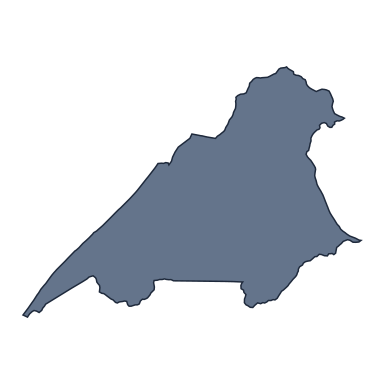 Jangada, Mato Grosso, Brazil
{"feature_id": "56859067B34050431146152", "entity_name": "Jangada", "entity_type": "district", "adm_level": 2, "iso_a3": "BRA", "parent_name": "Brazil", "parent_adm1": "Mato Grosso", "projection": "mercator", "projection_center": [-56.584, -15.33], "detail": "fine", "context": "isolated", "style": "filled", "palette": "slate", "viewbox_px": 384, "rotation_deg": 0, "n_neighbors": 0, "source": "geoboundaries", "source_scale": "gbopen_adm2", "svg_char_len": 4165}
<svg xmlns="http://www.w3.org/2000/svg" viewBox="0 0 384 384"><path d="M305.2,79.7L302.9,78.7L301.2,76.7L298.6,75.5L295.9,75.2L293.7,74.1L293.4,71.7L291.4,70.5L289.5,69.5L287.8,68.3L286.6,66.9L284.9,67.6L283.2,67.8L280.7,68.1L278.9,69.1L277.5,71.1L275.7,73.5L274.0,74.0L272.1,75.0L269.9,76.2L267.5,77.3L264.8,77.5L262.0,77.7L260.4,78.0L258.4,77.7L256.5,77.6L254.9,78.3L253.2,79.4L251.6,81.4L249.7,83.2L249.2,86.3L248.1,88.4L246.2,92.8L243.8,93.9L240.5,94.2L237.7,95.6L235.9,97.3L236.2,99.2L235.6,101.3L235.9,103.7L235.8,105.9L235.5,108.4L234.5,110.4L233.5,112.5L233.1,114.4L232.1,116.7L229.4,120.0L228.5,122.5L227.8,124.3L225.8,127.4L224.9,129.9L223.8,131.4L221.4,133.3L219.9,134.6L217.4,136.2L215.5,138.4L207.1,137.0L204.8,136.5L202.3,135.9L200.6,135.7L198.7,135.3L191.9,134.0L189.9,138.3L178.3,147.1L175.1,152.0L172.6,157.1L171.5,161.2L168.9,164.9L168.2,163.0L165.7,162.6L163.6,163.4L161.5,163.2L158.0,163.5L156.0,166.5L154.7,168.3L147.8,177.2L146.7,178.5L137.4,190.3L135.6,192.4L131.1,197.3L129.4,199.1L120.6,207.9L118.5,209.7L114.7,213.5L111.5,216.8L102.7,225.6L101.1,227.0L98.0,229.7L96.6,231.0L93.7,232.7L92.5,234.3L91.2,235.6L89.2,237.7L85.9,240.8L84.4,242.1L82.8,243.5L80.8,245.7L79.1,247.6L76.3,250.1L74.9,251.0L71.8,254.2L67.9,258.2L65.2,261.1L60.5,265.8L56.6,269.7L55.4,271.1L54.0,272.6L51.9,275.1L49.1,278.9L45.8,283.5L44.0,285.5L40.9,289.2L38.6,293.0L37.2,294.8L33.7,300.3L31.6,303.2L28.2,308.1L23.0,315.0L27.5,317.1L28.5,315.5L29.7,313.8L32.0,311.7L34.0,310.5L36.6,311.1L39.1,312.5L41.7,310.4L42.7,308.2L44.5,306.1L45.6,304.2L71.9,288.0L82.4,281.8L86.9,279.0L89.1,277.0L93.1,275.8L95.5,277.7L96.3,279.2L96.8,282.0L98.1,283.8L99.5,285.4L99.9,287.7L99.4,291.9L101.8,293.3L103.8,293.6L105.4,294.7L107.0,296.0L108.5,297.1L111.0,299.0L113.1,299.9L115.5,302.4L117.3,303.0L119.4,301.9L122.6,301.5L124.6,301.0L126.7,301.4L127.7,304.7L129.1,306.2L131.1,306.2L133.3,305.5L135.1,304.9L137.6,304.8L139.3,303.9L140.4,301.0L142.4,299.2L144.2,299.4L145.8,298.8L147.5,297.9L150.0,294.9L150.8,293.1L154.1,289.8L154.4,287.0L154.0,284.8L153.6,282.7L154.1,280.5L157.4,280.2L159.6,279.5L162.2,279.5L164.5,278.9L166.2,279.4L168.9,279.7L171.0,279.6L173.5,280.8L224.4,281.4L233.4,281.6L242.7,282.0L241.7,283.4L240.9,285.5L241.1,288.7L243.5,290.1L244.0,292.5L245.9,294.5L245.4,296.7L244.5,299.0L244.4,302.7L246.0,304.8L247.9,305.7L250.2,307.3L252.8,307.5L254.8,305.3L257.6,302.9L260.7,303.7L262.8,302.6L264.7,303.0L266.9,301.9L268.4,300.5L271.1,300.5L273.0,299.6L275.0,299.9L277.2,298.3L278.8,295.6L280.5,293.0L281.5,291.3L283.4,290.0L286.5,287.2L288.0,285.7L289.1,284.0L290.8,282.0L292.9,279.4L295.7,276.5L296.8,274.8L297.4,272.8L298.3,271.1L298.4,269.1L299.6,266.8L302.5,265.0L303.4,263.1L305.4,261.7L307.7,261.1L310.3,260.7L312.5,258.8L314.8,256.7L316.9,256.5L319.2,254.3L321.4,254.5L324.4,255.7L327.4,255.9L328.7,253.8L330.6,253.7L332.2,253.5L333.8,254.6L335.6,253.2L336.1,250.5L336.7,247.4L338.2,246.3L339.7,244.9L341.4,243.5L343.2,241.4L345.9,240.3L347.6,239.7L350.0,240.3L352.9,242.2L355.7,242.3L358.9,242.0L361.0,240.4L359.1,240.1L355.5,238.2L349.7,236.0L346.7,234.0L345.0,232.6L342.8,231.1L340.7,229.2L339.2,226.4L337.1,224.2L335.5,221.6L334.3,219.6L332.0,216.1L330.2,213.2L329.1,210.8L328.3,208.8L327.7,207.1L327.0,205.5L326.3,203.6L325.5,201.7L324.9,200.1L323.9,197.5L322.8,194.8L321.7,192.8L320.7,190.9L319.5,189.0L318.1,186.6L317.0,184.3L316.2,180.8L315.2,177.9L314.7,175.7L315.0,173.0L315.3,171.1L315.6,169.4L315.3,167.7L314.1,165.5L312.4,162.8L310.8,160.4L308.9,158.5L307.5,156.9L306.1,154.3L306.9,151.6L308.6,150.5L309.1,148.3L309.7,146.0L310.0,144.0L311.0,141.0L310.9,138.2L312.1,135.5L313.4,133.5L315.1,131.7L317.2,129.8L319.0,129.3L320.0,127.8L319.5,125.3L321.6,123.3L324.2,122.6L326.4,123.5L327.8,126.1L329.9,127.4L331.8,127.3L333.0,125.3L334.7,124.1L334.5,122.1L337.0,120.8L339.2,121.0L340.9,120.4L342.9,119.4L344.4,118.2L342.0,117.0L339.9,116.4L336.9,114.9L334.6,113.6L333.3,110.9L332.5,108.5L332.0,106.5L332.6,103.5L333.3,101.3L332.7,98.8L331.7,96.6L330.5,93.8L329.1,91.1L326.4,89.9L324.7,89.5L321.9,89.2L319.2,90.2L316.2,91.5L311.8,89.2L309.4,87.7L307.7,86.0L306.5,84.2L306.1,81.9L305.2,79.7Z" fill="#64748b" stroke="#1e293b" stroke-width="1.5"/></svg>